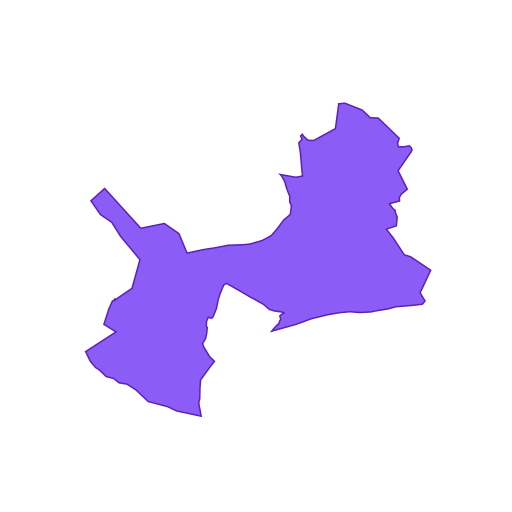 Yola South, Adamawa, Nigeria, rotated 111°
{"feature_id": "59680162B24147659958725", "entity_name": "Yola South", "entity_type": "district", "adm_level": 2, "iso_a3": "NGA", "parent_name": "Nigeria", "parent_adm1": "Adamawa", "projection": "equal_earth", "projection_center": [12.362, 9.242], "detail": "fine", "context": "isolated", "style": "filled", "palette": "violet", "viewbox_px": 512, "rotation_deg": 111, "n_neighbors": 0, "source": "geoboundaries", "source_scale": "gbopen_adm2", "svg_char_len": 2687}
<svg xmlns="http://www.w3.org/2000/svg" viewBox="0 0 512 512"><g transform="rotate(111 256 256)"><path d="M366.6,263.2L359.8,271.9L357.1,274.5L351.4,273.5L346.8,274.1L342.9,275.1L340.2,275.9L338.9,277.5L336.7,278.1L334.6,278.8L332.9,278.7L330.2,278.5L330.1,275.1L328.1,274.3L319.2,274.1L310.5,275.6L304.3,276.0L302.2,276.0L301.0,275.9L298.3,275.9L294.7,275.7L292.1,273.9L292.2,272.9L292.4,271.9L292.5,271.1L292.7,269.9L292.9,268.4L293.1,266.9L293.3,265.6L293.6,264.1L293.8,262.8L293.9,261.7L294.0,261.4L294.1,260.5L294.4,258.8L294.5,257.8L294.8,256.2L295.0,255.1L295.2,253.8L295.4,252.5L295.7,250.9L295.9,249.3L296.1,248.3L296.5,245.7L296.8,242.8L297.4,239.1L297.8,236.5L297.9,235.2L298.6,231.1L300.5,226.0L301.2,224.2L300.8,221.6L300.9,219.8L300.4,218.1L299.9,215.3L299.4,213.7L298.8,209.7L299.6,209.4L301.1,211.1L303.3,212.3L306.4,210.2L308.6,210.7L310.5,210.3L312.2,211.2L314.0,212.1L314.4,212.2L314.6,212.3L318.0,213.6L320.5,214.3L316.6,209.1L306.6,195.6L306.1,194.9L300.1,187.9L298.0,185.6L294.8,181.9L285.0,167.8L279.0,157.7L274.5,148.7L271.5,138.7L267.0,128.6L264.7,125.1L263.2,122.6L257.9,113.5L253.4,107.5L248.1,96.5L245.1,90.4L241.4,83.4L237.4,82.1L231.6,89.6L206.7,87.8L201.3,111.4L201.7,118.1L189.7,134.7L187.5,138.5L184.2,143.9L177.5,135.8L169.1,138.1L165.8,141.2L163.4,142.6L162.6,145.4L159.3,150.1L153.2,141.7L150.1,143.1L146.5,142.7L139.4,138.7L125.5,153.9L113.9,151.1L103.5,148.6L102.0,148.4L101.3,148.2L99.2,150.0L98.2,152.5L100.6,156.3L103.1,162.1L102.0,162.9L100.7,163.7L99.1,164.6L98.5,164.2L94.8,164.5L83.4,191.4L86.0,198.9L81.7,209.1L81.5,227.7L84.2,233.3L108.6,227.5L117.3,234.9L127.4,243.4L129.3,248.9L127.2,254.4L125.7,256.3L128.0,257.4L130.5,254.8L135.0,256.6L143.2,251.8L160.9,243.2L164.6,241.2L168.2,247.0L171.2,262.6L172.0,260.9L176.1,256.0L181.4,252.0L183.7,250.0L185.5,248.4L188.2,245.9L193.5,243.9L196.5,240.9L204.9,238.9L212.4,243.0L223.0,246.0L231.3,249.0L235.0,252.0L239.6,256.1L243.3,261.1L245.4,263.8L247.1,266.1L250.1,272.1L253.1,279.2L256.1,286.2L260.6,293.2L263.7,298.3L268.2,306.3L272.1,312.4L272.7,313.3L278.0,321.4L262.7,336.0L258.5,353.2L271.4,373.5L247.2,421.5L263.6,429.9L273.1,416.0L276.2,402.8L286.2,389.5L301.0,363.0L330.7,360.2L335.0,363.2L339.4,366.3L342.6,368.5L347.3,371.6L346.6,372.4L347.3,372.7L348.3,372.1L349.4,373.9L358.0,374.4L374.3,373.5L377.0,359.4L382.7,363.6L406.3,380.8L413.8,372.8L417.6,365.8L418.1,363.0L418.4,361.8L422.2,352.7L421.4,344.7L423.5,338.4L421.9,330.7L424.0,320.2L430.5,304.5L429.1,291.5L428.3,284.5L428.8,278.3L429.1,274.4L425.2,249.8L419.9,253.0L416.4,255.3L412.7,257.1L409.6,257.3L399.1,261.1L391.5,263.3L375.5,259.0L369.2,257.0L366.6,263.2Z" fill="#8b5cf6" stroke="#5b21b6" stroke-width="1.5"/></g></svg>